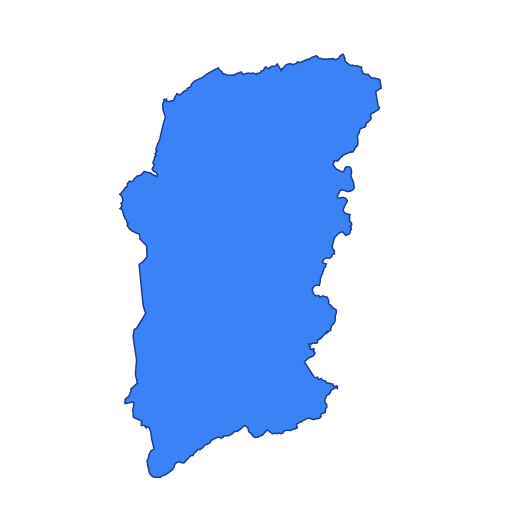 Kong Chro, Gia Lai, Vietnam, rotated 76°
{"feature_id": "81297802B76302638024773", "entity_name": "Kong Chro", "entity_type": "district", "adm_level": 2, "iso_a3": "VNM", "parent_name": "Vietnam", "parent_adm1": "Gia Lai", "projection": "albers", "projection_center": [108.588, 13.762], "detail": "fine", "context": "isolated", "style": "filled", "palette": "blue", "viewbox_px": 512, "rotation_deg": 76, "n_neighbors": 0, "source": "geoboundaries", "source_scale": "gbopen_adm2", "svg_char_len": 6068}
<svg xmlns="http://www.w3.org/2000/svg" viewBox="0 0 512 512"><g transform="rotate(76 256 256)"><path d="M114.9,93.1L113.5,95.0L110.7,101.5L107.0,103.1L106.4,105.3L105.2,107.8L100.1,108.6L98.7,107.8L98.0,108.2L97.1,110.4L95.8,111.8L95.7,114.0L94.3,116.0L93.7,118.6L88.4,122.6L86.4,122.0L84.6,122.1L82.6,122.3L81.1,122.9L82.4,126.4L84.3,127.9L84.6,132.1L83.1,133.2L82.0,140.5L81.4,141.6L81.5,142.9L79.9,145.3L79.6,147.2L77.5,147.8L76.2,149.6L76.7,151.7L76.6,153.1L77.5,156.4L78.2,157.1L77.6,158.4L79.0,166.7L77.6,168.5L77.8,169.2L79.0,170.2L79.1,173.4L79.0,174.6L77.7,175.9L77.5,178.5L78.1,181.2L79.9,183.3L80.8,186.1L82.2,186.8L74.8,188.9L76.6,191.7L75.6,194.9L76.4,196.0L77.1,199.4L74.9,200.5L75.6,202.3L77.9,203.9L77.7,206.1L79.4,207.6L79.1,211.0L80.1,211.8L78.5,213.2L77.6,215.3L77.8,216.9L76.9,218.5L76.5,220.6L76.7,224.8L73.8,225.7L74.3,230.3L75.1,233.5L73.9,239.6L71.9,242.3L71.4,243.7L68.6,244.7L66.4,246.7L64.4,246.8L65.1,250.6L67.6,259.7L70.3,265.9L70.2,267.5L71.6,273.9L74.1,277.5L75.4,277.9L76.1,278.9L76.7,282.2L78.2,282.4L78.9,286.6L80.7,289.2L81.2,291.2L79.3,293.5L80.8,294.6L81.9,296.2L82.8,296.4L83.6,297.5L85.2,298.0L84.9,301.1L85.3,302.6L83.8,305.6L82.1,304.9L82.3,306.0L81.7,307.2L82.1,307.8L83.8,307.9L85.8,309.7L91.8,310.9L99.2,310.3L105.4,314.0L120.8,321.9L122.6,323.7L127.5,327.0L129.6,327.5L130.0,326.6L132.6,329.3L134.2,328.4L134.9,329.1L134.9,330.0L138.0,331.6L139.4,332.8L141.1,333.6L143.2,332.5L145.2,334.8L146.6,335.7L148.8,334.9L151.3,332.2L154.0,332.2L154.1,331.5L154.8,333.4L153.0,334.9L152.1,336.7L150.1,337.9L148.6,340.9L148.4,342.0L147.2,343.3L147.0,344.1L149.7,348.4L149.7,352.0L151.6,355.5L153.4,357.0L153.6,358.7L152.8,360.8L154.6,363.2L157.4,364.1L157.9,366.4L159.8,368.1L162.0,371.0L163.1,373.3L165.3,371.9L167.5,371.5L170.4,371.9L171.5,372.6L172.2,374.3L174.0,373.7L175.4,374.2L177.1,376.5L178.6,374.6L184.4,374.5L188.0,373.9L190.0,373.0L192.6,373.1L193.9,372.3L195.2,373.7L199.6,371.9L202.2,369.7L203.9,367.4L204.9,366.8L205.5,365.2L206.5,364.2L207.7,363.7L211.4,364.5L219.5,359.7L230.4,361.9L234.3,367.2L235.8,371.3L236.6,371.6L276.9,377.5L284.9,376.9L297.1,389.2L297.8,391.9L304.7,394.8L328.3,397.1L341.4,401.6L350.7,401.9L354.7,409.5L356.7,410.0L361.1,413.1L363.3,417.6L364.6,417.7L366.0,418.9L367.6,418.6L367.8,412.2L368.5,410.0L372.0,411.0L375.8,412.9L380.7,413.5L381.9,414.1L383.0,413.8L388.4,407.0L389.2,406.7L390.9,408.0L392.8,408.2L393.2,405.5L396.1,404.1L395.2,403.5L395.4,402.4L396.6,401.1L397.4,401.3L398.6,400.9L401.8,400.7L408.2,401.5L418.4,401.6L418.8,402.0L419.7,405.2L422.9,407.9L426.7,409.7L428.2,411.2L433.4,411.8L437.0,411.6L439.2,412.0L441.6,411.6L444.9,409.9L445.9,408.3L447.6,402.8L447.4,401.8L446.5,400.3L446.3,396.4L443.3,389.0L440.8,386.4L438.6,385.3L437.1,382.7L437.0,380.7L439.0,377.2L439.3,375.9L434.0,367.8L434.3,365.3L432.4,363.9L431.5,361.8L429.8,359.6L429.7,358.7L430.4,357.2L429.0,354.0L426.8,351.1L426.9,348.6L425.8,345.5L424.7,344.8L424.1,343.8L422.6,337.5L422.9,334.9L424.6,334.1L423.9,333.0L423.7,331.6L422.8,331.4L423.8,325.6L422.5,321.8L421.2,319.7L421.5,316.0L420.0,312.3L417.9,308.8L418.2,307.3L420.6,305.5L424.8,305.5L426.7,304.0L430.7,302.0L431.9,300.6L432.3,297.8L431.6,296.0L431.4,293.3L427.6,287.5L428.5,286.2L432.4,283.2L432.7,280.1L433.5,278.5L433.2,276.4L434.4,275.2L434.3,272.9L432.9,271.4L432.5,269.9L432.6,267.6L433.7,264.8L433.1,262.3L433.3,259.7L433.0,258.5L432.4,257.4L428.9,257.5L428.4,255.1L427.8,254.1L427.9,251.7L426.8,250.0L426.8,248.3L426.0,246.2L426.3,243.4L428.7,239.9L428.4,237.1L428.8,235.5L428.6,233.3L427.5,231.7L425.2,231.3L424.7,230.7L424.7,227.3L424.2,226.5L421.3,225.6L419.8,223.9L418.3,223.5L416.9,223.5L414.7,224.5L413.5,224.4L411.3,223.5L410.5,222.4L408.2,221.1L407.6,218.1L404.6,215.6L404.2,214.9L403.2,210.8L403.3,209.8L404.1,209.1L402.4,208.6L401.6,209.0L401.3,212.2L398.8,212.4L398.3,214.2L397.3,215.2L396.5,217.7L394.0,219.0L392.6,221.5L390.6,222.3L391.1,224.9L390.2,225.5L388.5,225.7L388.5,227.4L387.9,228.7L370.5,234.6L369.9,234.2L367.5,228.9L366.9,224.7L364.5,222.1L362.3,223.0L360.1,222.2L359.8,222.9L360.6,224.2L359.6,224.8L359.0,226.4L356.7,224.9L355.9,226.3L353.9,225.5L355.0,223.9L354.2,222.0L355.0,219.9L355.1,217.4L352.5,216.8L352.2,214.6L351.0,212.0L348.3,208.3L348.1,206.5L346.8,206.6L346.2,205.9L346.2,205.2L347.4,204.9L346.4,203.5L346.4,201.7L344.4,201.0L343.8,200.2L342.1,199.9L340.1,196.5L338.2,195.0L332.9,193.4L331.3,192.2L328.8,191.3L327.5,191.4L324.5,194.2L321.5,195.6L319.9,197.3L318.2,196.4L316.9,196.3L313.2,196.8L312.2,199.0L310.9,200.6L311.4,204.0L309.4,204.7L309.1,207.6L307.2,209.4L301.9,209.6L299.1,206.7L298.9,204.0L299.8,201.7L296.7,200.0L293.6,199.0L290.0,196.7L289.2,195.5L287.7,195.2L286.1,193.8L284.3,193.2L283.3,191.1L281.7,190.6L280.8,189.7L278.8,192.9L277.9,193.0L276.5,192.0L275.1,190.0L275.0,187.5L275.9,185.8L275.7,184.0L275.1,182.8L273.3,181.8L272.8,180.5L272.9,179.4L269.8,178.7L268.1,179.7L265.2,179.8L257.7,175.8L254.8,172.0L253.7,169.5L253.4,166.2L257.8,163.9L257.3,162.9L257.4,160.7L256.3,159.2L254.3,158.4L253.2,157.0L251.2,156.9L250.1,157.6L249.7,157.2L249.9,156.4L249.2,155.7L247.2,155.4L245.4,156.5L243.0,156.6L241.6,155.8L239.6,155.6L238.5,154.8L236.5,158.6L235.4,159.6L233.0,160.4L231.6,159.9L226.0,155.4L225.4,154.3L224.1,154.0L221.6,155.1L220.1,157.5L220.0,162.0L219.2,162.6L217.4,162.5L213.0,158.6L212.6,157.6L213.3,154.9L215.3,152.4L215.7,151.3L215.9,148.4L215.1,145.7L214.4,144.9L212.9,144.0L207.7,143.6L201.4,144.7L198.1,143.0L194.5,142.7L193.2,143.0L192.0,144.2L191.2,146.8L192.0,148.2L195.0,150.3L195.3,151.3L195.1,152.3L190.6,157.4L186.1,159.2L184.3,157.8L182.6,157.3L183.0,155.1L183.6,154.2L183.3,153.4L182.6,153.0L182.6,151.8L181.2,151.0L180.5,148.6L179.5,147.8L178.0,140.5L178.4,139.2L178.1,138.8L178.3,138.2L177.9,137.8L178.5,136.5L177.7,136.2L176.9,135.0L175.3,134.1L173.3,130.7L170.1,129.5L163.8,128.5L161.6,126.3L157.9,124.3L157.0,118.6L153.7,116.8L153.3,115.2L151.2,111.6L149.8,110.8L148.3,111.2L147.4,110.6L145.9,110.5L145.3,107.0L143.4,101.6L142.3,100.3L139.9,101.2L125.7,100.1L124.0,96.3L123.6,93.9L114.9,93.1Z" fill="#3b82f6" stroke="#1e3a8a" stroke-width="1.5"/></g></svg>